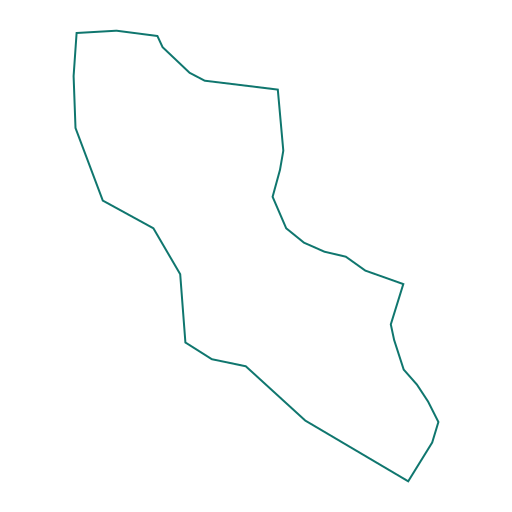 map outline of Cankova (Robinson projection)
{"feature_id": "SVN-926", "entity_name": "Cankova", "entity_type": "Municipality", "adm_level": 1, "iso_a3": "SVN", "parent_name": "Slovenia", "parent_adm1": "", "projection": "robinson", "projection_center": [16.051, 46.7], "detail": "fine", "context": "isolated", "style": "outline", "palette": "teal", "viewbox_px": 512, "rotation_deg": 0, "n_neighbors": 0, "source": "natural_earth", "source_scale": "10m", "svg_char_len": 536}
<svg xmlns="http://www.w3.org/2000/svg" viewBox="0 0 512 512"><path d="M185.4,342.5L180.2,274.2L153.4,228.3L102.8,200.6L75.5,128.0L73.6,76.1L76.6,33.0L116.5,30.7L157.4,36.0L162.6,47.2L189.6,72.8L204.7,80.7L277.8,89.6L283.3,150.7L280.0,169.8L272.6,196.8L286.2,228.3L304.0,242.7L324.4,251.7L345.8,256.7L365.3,270.6L403.3,284.1L390.8,324.4L394.1,339.9L403.7,369.6L417.0,384.7L428.1,401.6L438.4,422.0L432.2,442.5L408.2,481.3L305.3,420.6L245.7,366.2L244.9,366.1L211.8,359.2L185.4,342.5Z" fill="none" stroke="#0f766e" stroke-width="2"/></svg>